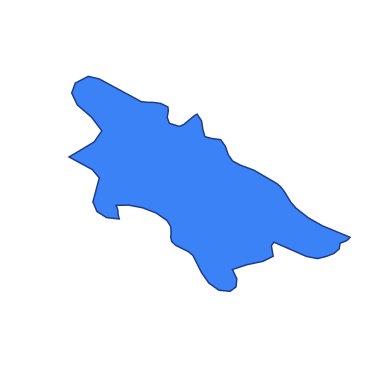 SVG path tracing the border of Phuket, rotated 123°
{"feature_id": "THA-377", "entity_name": "Phuket", "entity_type": "Province", "adm_level": 1, "iso_a3": "THA", "parent_name": "Thailand", "parent_adm1": "", "projection": "mercator", "projection_center": [98.341, 7.98], "detail": "fine", "context": "isolated", "style": "filled", "palette": "blue", "viewbox_px": 384, "rotation_deg": 123, "n_neighbors": 0, "source": "natural_earth", "source_scale": "10m", "svg_char_len": 1115}
<svg xmlns="http://www.w3.org/2000/svg" viewBox="0 0 384 384"><g transform="rotate(123 192 192)"><path d="M244.6,248.4L247.0,244.9L251.5,241.4L254.2,238.3L260.0,249.7L260.1,261.1L254.3,269.7L230.7,277.4L227.5,287.9L229.6,314.2L203.3,301.3L189.8,300.9L184.0,316.9L181.4,335.7L174.5,346.8L164.2,349.2L151.5,342.0L147.7,331.4L143.9,283.8L141.1,278.3L137.7,272.9L134.8,266.6L133.8,258.5L136.9,256.0L142.9,253.5L146.7,248.4L143.9,238.3L139.7,235.6L126.7,231.6L123.9,230.2L127.1,222.8L133.7,216.9L138.5,211.4L136.6,205.1L132.5,196.5L135.5,188.9L141.1,181.8L143.9,174.8L143.2,166.5L140.0,151.9L138.7,125.6L139.3,120.9L141.1,115.4L146.7,103.7L148.9,96.1L150.3,80.5L149.4,64.5L143.9,34.8L147.2,35.3L149.5,36.4L154.3,39.9L159.6,37.6L166.0,39.4L172.8,44.2L179.6,50.6L183.7,61.0L189.5,96.1L193.9,96.1L201.7,88.9L211.6,94.8L223.0,106.3L235.0,115.9L240.4,107.1L247.5,103.4L254.5,105.9L259.7,115.9L259.2,128.3L254.4,140.1L244.6,156.8L244.0,162.9L245.6,176.3L244.6,182.1L241.4,185.3L237.0,187.7L232.5,191.1L229.6,197.3L229.1,210.4L232.1,224.7L237.5,238.0L244.6,248.4Z" fill="#3b82f6" stroke="#1e3a8a" stroke-width="1.5"/></g></svg>